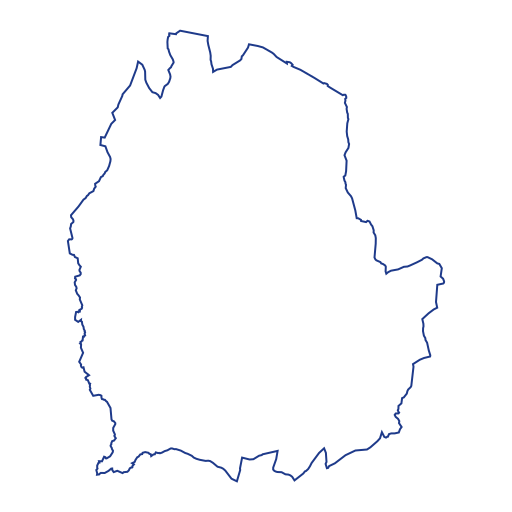 Adaklu, Volta, Ghana
{"feature_id": "2480657B20696154785284", "entity_name": "Adaklu", "entity_type": "district", "adm_level": 2, "iso_a3": "GHA", "parent_name": "Ghana", "parent_adm1": "Volta", "projection": "robinson", "projection_center": [0.49, 6.441], "detail": "fine", "context": "isolated", "style": "outline", "palette": "blue", "viewbox_px": 512, "rotation_deg": 0, "n_neighbors": 0, "source": "geoboundaries", "source_scale": "gbopen_adm2", "svg_char_len": 5915}
<svg xmlns="http://www.w3.org/2000/svg" viewBox="0 0 512 512"><path d="M286.8,61.8L286.9,63.5L276.6,57.0L273.7,53.9L272.0,52.6L262.9,47.4L257.8,46.0L249.0,44.3L248.0,47.6L242.9,55.4L241.8,56.3L241.4,59.0L240.1,60.4L232.5,65.1L230.8,66.9L217.0,69.6L213.1,71.9L213.0,68.8L211.5,64.3L211.1,61.3L210.6,59.9L210.7,55.8L210.2,52.4L208.3,44.9L207.6,40.9L207.9,36.1L180.1,30.7L176.2,33.4L176.0,34.2L169.3,33.3L169.1,34.2L169.4,35.8L168.1,37.0L167.6,39.7L167.4,42.0L167.7,48.4L168.5,49.3L169.0,51.6L170.3,55.1L172.8,59.4L173.5,61.5L173.6,62.6L171.5,66.0L171.0,67.3L169.9,68.2L168.3,70.0L170.1,74.4L170.5,76.6L170.3,78.2L169.1,81.8L167.8,83.9L164.7,86.2L164.4,86.7L163.1,90.2L161.4,96.6L160.1,98.0L158.1,94.9L155.6,93.1L152.4,92.2L149.2,88.1L146.3,82.6L145.3,79.7L145.1,71.6L144.7,69.9L142.3,64.7L138.1,61.6L136.6,68.3L130.1,85.5L122.6,94.3L122.3,95.9L118.4,104.5L117.7,107.4L112.3,112.8L115.1,120.0L111.3,123.8L104.7,137.6L101.1,137.1L100.4,145.0L105.4,146.3L107.5,152.2L110.1,157.0L110.6,159.0L110.4,161.2L109.1,166.0L107.2,170.3L105.2,172.0L104.7,173.4L103.4,174.8L102.8,176.1L100.9,177.1L99.0,181.2L95.1,183.8L95.3,185.7L95.7,186.7L94.2,188.6L93.4,191.1L89.3,193.3L88.0,195.2L86.9,195.9L85.6,198.1L83.5,199.6L78.5,206.5L71.0,215.2L71.2,217.2L73.0,219.3L73.5,220.9L73.3,222.1L71.1,224.0L70.8,226.4L70.1,228.4L72.5,238.1L72.2,238.9L71.6,239.4L69.2,239.3L67.9,241.0L69.8,253.4L72.5,254.8L74.0,254.9L74.9,257.0L77.7,258.3L78.2,263.3L79.5,265.3L80.8,266.7L79.4,270.0L79.6,271.1L80.7,272.7L80.7,274.1L79.7,275.4L75.2,276.7L75.0,278.5L75.8,279.0L76.1,279.9L74.7,282.3L75.0,284.9L76.3,286.9L76.6,288.3L75.8,290.3L77.2,293.8L78.6,295.4L80.0,297.5L79.8,299.5L82.3,305.3L81.8,307.0L82.1,307.8L81.6,308.8L79.3,310.0L79.2,310.2L79.9,310.7L79.8,311.6L79.2,311.6L78.4,312.3L77.5,311.8L76.1,312.0L75.1,317.0L75.1,319.8L78.2,321.9L81.0,319.8L80.9,321.2L81.9,321.7L82.3,324.6L83.5,326.8L83.8,329.0L84.9,331.1L84.6,331.7L85.1,332.5L84.6,333.7L85.1,335.4L84.3,335.7L84.1,336.6L83.0,336.6L82.6,340.4L82.1,340.5L81.6,341.4L80.5,341.9L80.8,343.3L80.2,343.5L81.1,344.6L80.9,347.7L83.1,352.8L79.2,361.8L81.1,364.5L80.9,365.7L81.5,367.1L82.3,367.7L83.5,367.3L84.6,371.7L89.0,375.2L86.1,377.0L85.4,377.9L86.1,378.5L86.1,379.6L87.9,380.2L89.1,383.2L90.0,383.6L89.6,384.2L90.0,384.9L89.8,386.7L90.4,388.7L89.8,389.8L93.2,395.8L98.7,394.8L100.3,395.1L101.4,395.7L101.5,397.8L102.0,399.1L103.6,399.4L104.1,399.9L105.0,399.9L106.1,401.2L107.0,401.8L110.5,408.0L111.5,419.4L112.2,420.7L113.9,421.3L115.3,423.1L115.3,424.1L113.2,427.9L113.2,430.7L114.9,434.4L114.7,435.4L114.4,435.7L114.5,436.3L115.8,438.2L114.0,440.6L112.2,441.1L111.3,443.2L111.3,444.4L110.6,445.4L110.7,446.2L111.8,448.0L111.9,448.9L113.0,450.8L112.7,452.3L110.1,456.3L106.6,458.4L105.7,458.3L105.4,457.2L104.1,456.7L102.0,461.3L99.0,461.2L99.4,462.6L98.5,462.8L97.2,465.5L97.2,467.7L97.5,468.6L96.3,470.0L97.2,473.4L97.0,474.7L99.2,474.4L99.7,473.7L100.9,472.9L104.7,473.0L108.5,470.9L111.2,468.6L112.2,468.5L112.3,470.1L113.7,472.1L117.3,470.8L122.6,473.1L123.7,472.2L127.4,471.8L128.8,470.4L129.8,468.3L131.2,467.5L131.9,467.6L132.4,467.2L132.4,466.1L133.9,464.4L132.1,463.2L134.7,461.9L135.5,459.9L137.3,457.2L138.5,456.7L140.3,454.4L142.2,454.1L142.6,452.8L145.2,452.1L148.5,452.8L149.3,453.8L150.8,454.3L151.2,456.1L153.5,454.4L154.8,454.3L155.8,452.4L158.1,453.1L159.2,452.9L159.9,453.3L162.0,452.6L164.7,451.1L167.4,450.3L170.6,448.5L171.9,448.4L174.5,449.2L176.0,449.1L180.8,450.6L185.2,453.0L187.7,453.8L191.8,455.8L193.8,457.6L196.4,458.8L199.8,459.8L205.6,460.9L208.3,460.7L210.2,461.1L212.9,462.8L217.5,466.7L221.3,467.7L223.3,468.8L225.3,470.6L231.5,478.7L236.9,481.3L240.2,470.0L240.0,468.4L242.1,457.6L249.6,459.5L253.4,459.2L259.1,455.7L261.7,455.1L262.6,454.3L277.6,450.9L276.2,459.1L273.2,467.6L273.2,469.6L274.4,470.9L275.9,471.6L277.3,472.0L281.6,472.2L285.4,474.3L288.5,474.6L290.4,475.4L292.2,476.8L294.5,480.4L303.3,473.5L304.9,471.4L306.0,471.0L308.1,469.1L310.0,466.2L311.6,463.0L319.1,452.9L324.1,448.3L325.9,452.9L326.5,461.9L325.6,463.9L326.9,468.2L328.1,467.9L329.1,466.1L334.9,463.3L345.5,455.2L355.4,450.5L367.0,449.5L370.4,447.3L377.4,441.2L380.0,438.3L381.9,432.2L384.3,436.9L386.0,437.6L387.3,436.7L387.9,436.7L389.0,434.1L391.3,433.4L394.6,433.4L398.8,432.5L400.0,429.2L401.6,427.0L399.0,423.1L399.3,421.1L398.1,418.9L395.7,416.9L394.7,414.9L395.7,413.5L398.5,413.4L399.1,412.6L398.5,411.9L397.8,410.2L398.4,409.0L398.5,405.9L401.4,403.4L402.1,398.1L403.8,397.4L406.8,393.6L407.4,391.1L408.2,389.5L410.6,387.2L411.3,385.9L413.5,366.7L413.0,364.1L419.9,359.7L424.0,358.0L430.1,356.5L430.3,355.3L428.8,350.5L427.1,342.7L425.5,340.0L425.3,338.1L423.9,335.7L423.0,331.1L423.1,328.1L423.5,326.4L423.4,323.8L422.3,319.1L428.6,313.3L433.8,309.4L437.2,307.7L436.0,302.0L437.3,284.8L443.3,283.5L444.0,282.6L444.1,281.4L443.1,278.7L440.6,276.5L441.8,268.2L439.3,263.9L437.3,263.4L432.1,259.3L427.5,257.1L426.5,257.1L423.4,258.4L421.9,259.8L416.8,262.4L410.0,265.5L407.5,266.5L403.9,266.8L398.1,269.4L391.0,270.7L388.1,272.2L386.3,273.7L385.6,271.4L385.8,266.7L385.2,265.5L383.0,264.0L381.2,263.4L380.4,262.1L376.3,260.3L375.4,259.4L374.5,257.5L375.7,243.8L375.8,238.1L375.3,235.3L373.6,232.5L373.7,230.3L372.4,226.2L371.1,224.6L369.5,221.5L367.5,220.8L366.1,222.1L361.1,221.0L361.0,219.9L358.3,218.3L356.7,218.2L355.3,210.4L352.1,198.4L351.0,196.2L347.8,192.5L345.7,188.1L346.0,184.8L345.5,183.6L345.4,182.2L344.5,180.7L343.8,177.7L343.7,176.7L345.3,175.5L346.1,171.2L346.6,160.7L344.5,155.2L345.6,152.3L348.4,148.0L349.1,144.0L348.4,142.2L348.2,139.4L347.2,136.1L346.7,131.6L347.3,123.3L348.4,119.1L347.9,117.9L347.8,113.9L347.2,112.6L346.6,108.9L346.9,107.0L344.9,102.9L345.4,100.7L345.2,98.9L346.3,97.9L346.2,96.4L345.4,94.8L343.9,94.7L342.8,95.2L330.3,87.7L327.7,86.0L327.8,84.8L326.9,83.9L324.1,83.1L323.4,83.5L314.4,77.9L300.4,69.8L293.5,66.9L291.8,65.9L292.6,64.8L291.2,63.2L289.9,62.3L286.8,61.8Z" fill="none" stroke="#1e3a8a" stroke-width="2"/></svg>